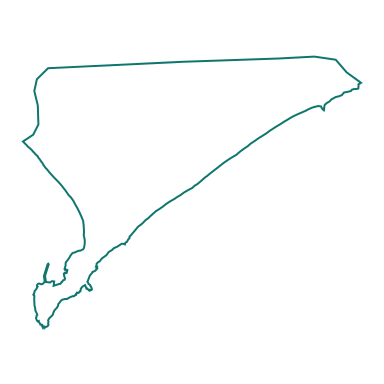 the district of Punta del Este, Maldonado, Uruguay
{"feature_id": "84410073B81249884827447", "entity_name": "Punta del Este", "entity_type": "district", "adm_level": 2, "iso_a3": "URY", "parent_name": "Uruguay", "parent_adm1": "Maldonado", "projection": "albers", "projection_center": [-54.934, -34.944], "detail": "fine", "context": "isolated", "style": "outline", "palette": "teal", "viewbox_px": 384, "rotation_deg": 0, "n_neighbors": 0, "source": "geoboundaries", "source_scale": "gbopen_adm2", "svg_char_len": 4175}
<svg xmlns="http://www.w3.org/2000/svg" viewBox="0 0 384 384"><path d="M23.0,141.5L24.6,143.2L26.3,144.8L27.9,146.7L29.4,147.8L31.1,149.4L32.2,150.5L32.7,151.2L32.9,151.5L34.2,152.7L35.7,154.5L37.5,156.0L38.0,157.0L38.4,157.8L39.3,158.7L41.3,161.7L42.5,163.1L43.2,164.6L45.3,167.6L47.2,169.6L49.5,172.5L52.4,175.7L55.4,178.9L58.5,182.0L61.4,185.3L63.4,187.9L65.6,190.7L67.1,192.9L68.6,195.1L71.0,197.5L73.3,200.7L75.1,204.2L77.4,208.2L79.6,212.6L81.4,216.6L83.1,220.8L83.6,224.7L83.9,229.4L84.0,233.1L83.7,234.7L83.9,235.8L84.4,238.0L84.8,240.9L84.6,244.6L84.1,247.4L83.6,248.7L83.0,249.4L82.7,249.5L80.5,250.6L78.5,250.8L76.5,251.6L75.0,252.4L73.3,252.7L72.2,253.4L70.6,255.4L69.2,257.9L68.1,259.5L66.9,261.0L66.2,261.9L65.7,262.7L65.6,264.4L65.6,265.8L65.2,266.7L64.9,268.0L64.5,269.1L65.0,269.8L65.5,269.3L65.8,269.9L66.9,269.8L67.4,270.1L66.8,272.3L66.0,272.4L65.1,272.6L64.6,273.0L65.3,273.3L65.0,273.4L64.4,273.4L63.9,274.2L64.0,275.4L64.4,276.4L64.7,277.7L65.0,278.5L64.7,279.7L63.1,280.3L62.1,281.9L61.7,281.9L60.4,283.8L60.0,283.7L53.6,285.8L54.0,283.0L54.1,282.0L54.2,281.5L52.4,281.2L52.0,281.2L49.9,282.5L48.4,282.3L46.0,282.0L45.0,275.9L48.7,264.3L48.2,263.7L47.6,264.3L44.1,275.5L44.0,276.7L44.6,280.4L44.5,281.8L43.7,283.0L42.8,283.8L41.3,284.3L40.6,284.1L40.3,284.0L39.4,283.6L38.6,283.6L37.7,284.1L37.1,285.0L36.9,286.0L37.1,286.7L37.5,286.8L36.3,289.1L34.8,290.9L34.5,291.4L34.5,292.0L34.4,292.8L33.9,293.4L33.9,294.2L33.4,294.8L34.3,295.7L34.4,296.6L34.2,298.0L34.2,298.9L34.3,301.3L34.5,305.4L35.2,308.6L35.4,310.6L36.4,312.6L37.3,314.8L36.5,315.9L36.5,317.0L36.0,317.9L36.3,319.0L37.0,320.6L37.6,321.3L38.7,321.0L38.6,322.0L39.2,322.4L40.1,323.8L40.3,324.5L40.9,324.4L41.7,324.7L41.6,325.0L41.7,325.5L42.4,325.4L42.4,326.2L42.5,326.6L42.7,327.2L43.1,326.7L43.3,326.8L43.4,327.4L43.8,326.8L44.2,327.0L44.4,326.6L44.9,326.8L45.0,327.4L45.2,327.1L45.3,326.7L45.5,326.7L46.5,326.8L47.7,326.1L48.5,324.7L48.1,323.5L48.5,321.8L48.1,320.4L48.9,318.7L50.4,317.1L51.6,316.1L52.7,314.9L53.3,313.0L54.3,310.6L55.4,309.3L56.7,308.0L58.1,305.7L58.2,304.2L59.8,302.3L60.3,301.5L60.8,300.8L62.1,299.8L63.6,299.3L65.3,299.0L67.0,299.0L67.6,298.6L69.7,297.4L71.3,296.7L73.0,296.1L73.5,296.3L74.2,296.1L75.3,294.9L76.1,294.9L76.2,294.1L76.7,293.6L76.4,293.4L77.0,292.6L77.4,292.6L78.6,292.9L78.9,292.5L79.6,291.7L80.3,291.4L80.2,290.8L80.7,290.2L80.8,288.7L82.3,286.8L83.9,285.8L85.1,285.1L86.2,288.0L86.8,288.2L86.8,288.9L87.5,288.9L87.9,289.3L88.5,289.6L88.7,290.1L89.2,289.9L89.6,290.5L90.0,290.0L90.3,290.3L90.7,290.0L91.1,290.1L91.8,289.7L91.9,289.2L91.5,287.9L90.9,286.4L90.2,285.6L90.0,284.8L88.4,283.8L88.1,282.7L87.4,281.8L87.9,280.7L88.3,279.6L89.0,277.9L89.7,275.8L91.0,274.2L92.1,272.9L92.6,271.8L93.5,271.7L94.4,271.1L95.2,270.8L96.1,269.9L96.3,268.9L96.7,269.1L97.3,268.4L96.9,267.6L97.2,266.7L96.0,266.5L96.5,265.3L96.6,263.8L97.8,262.4L99.7,261.3L101.9,258.4L106.4,255.2L108.8,251.9L111.8,250.2L113.8,248.2L117.2,246.7L121.5,243.9L123.0,243.7L124.9,244.4L125.4,242.7L127.0,241.8L128.2,239.4L129.5,238.2L129.5,236.6L131.0,235.2L132.4,233.5L135.5,229.8L138.0,226.8L142.2,223.6L145.6,220.1L148.4,218.1L149.7,216.7L153.4,213.4L156.1,211.0L158.8,209.4L163.0,206.5L166.0,204.1L169.7,201.6L174.1,199.1L177.7,196.7L180.5,195.1L183.7,192.7L185.2,191.8L189.6,189.3L192.4,187.9L194.2,186.0L197.6,183.9L202.2,180.0L204.8,177.6L207.1,176.0L208.5,174.8L211.1,172.7L216.3,168.7L220.5,165.4L224.2,162.5L228.6,159.5L231.9,157.4L236.4,154.8L239.8,151.8L244.0,148.7L247.8,146.1L250.7,143.6L255.2,140.6L258.9,138.0L262.5,135.8L266.4,133.3L269.9,130.7L275.6,127.0L280.9,123.8L284.4,121.5L287.7,119.6L290.4,117.9L293.6,116.1L298.0,114.1L301.9,112.4L305.6,110.8L308.4,109.3L311.9,107.7L315.3,106.7L318.6,106.0L321.1,106.5L321.7,108.0L322.8,109.4L323.9,110.3L324.2,109.3L324.1,108.1L324.3,106.5L324.9,104.6L327.1,102.8L329.6,101.4L331.5,99.3L333.6,98.3L335.5,97.1L338.9,96.3L341.9,95.1L344.0,92.5L348.8,91.6L351.0,90.9L351.9,89.7L353.8,89.1L356.5,89.0L358.3,88.5L358.5,86.4L358.5,84.3L361.0,82.8L346.7,72.4L335.7,59.7L314.3,56.6L278.8,58.5L182.4,61.8L48.1,68.2L36.9,79.2L34.3,91.0L37.8,105.4L38.4,124.5L33.2,134.7L23.0,141.5Z" fill="none" stroke="#0f766e" stroke-width="2"/></svg>